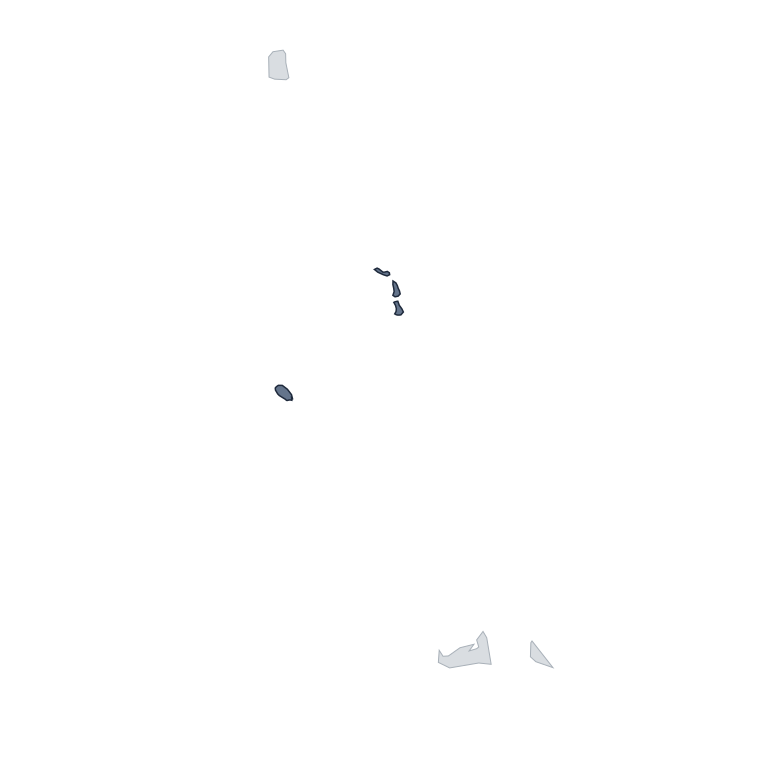 Ha'apai on a map of Tonga (Natural Earth projection), rotated 320°
{"feature_id": "TON-4948", "entity_name": "Ha'apai", "entity_type": "state/province", "adm_level": 1, "iso_a3": "TON", "parent_name": "Tonga", "parent_adm1": "", "projection": "natural_earth1", "projection_center": [-174.543, -19.707], "detail": "fine", "context": "in_parent", "style": "filled", "palette": "slate", "viewbox_px": 768, "rotation_deg": 320, "n_neighbors": 0, "source": "natural_earth", "source_scale": "10m", "svg_char_len": 1332}
<svg xmlns="http://www.w3.org/2000/svg" viewBox="0 0 768 768"><g transform="rotate(320 384 384)"><path d="M284.8,646.3L287.5,646.4L290.5,639.6L300.8,637.2L299.6,644.4L285.9,667.6L277.2,658.6L251.8,643.7L246.7,632.2L255.1,623.5L254.2,630.5L258.5,633.7L272.7,634.9L285.6,641.2L277.6,643.2L284.8,646.3ZM515.3,74.8L508.0,88.2L504.6,88.0L496.2,80.2L493.2,75.0L505.9,59.3L512.5,58.1L521.3,63.4L520.9,67.8L515.3,74.8ZM332.2,676.0L331.1,709.9L321.8,694.3L320.8,687.1L330.2,676.6L332.2,676.0Z" fill="#d9dde1" stroke="#a8b0b8" stroke-width="1"/><path d="M302.2,317.1L305.2,319.7L306.6,325.9L306.3,332.7L304.1,337.2L304.1,335.5L302.9,337.2L301.9,335.9L300.9,335.2L298.7,334.1L298.9,334.1L298.7,333.5L298.7,332.6L296.4,325.6L296.2,323.3L296.9,319.0L298.1,317.2L299.8,316.9L302.2,317.1ZM437.3,337.2L439.9,336.2L441.9,334.2L443.3,331.3L444.0,327.8L445.0,328.0L447.1,329.0L447.8,329.5L446.3,333.5L446.0,337.9L445.1,341.3L441.4,341.9L440.0,341.0L438.8,340.0L437.9,338.8L437.3,337.2ZM447.8,321.8L451.2,319.7L453.1,316.7L454.7,313.6L457.1,310.9L458.1,314.2L457.5,317.1L456.4,319.8L455.7,322.6L454.3,325.4L451.3,325.8L448.5,324.3L447.8,321.8ZM456.4,298.7L458.9,299.9L459.6,302.2L458.6,303.9L455.8,303.2L453.7,299.8L451.1,294.3L450.3,290.1L453.2,290.8L454.1,292.7L455.1,297.7L456.4,298.7Z" fill="#64748b" stroke="#1e293b" stroke-width="1.5"/></g></svg>